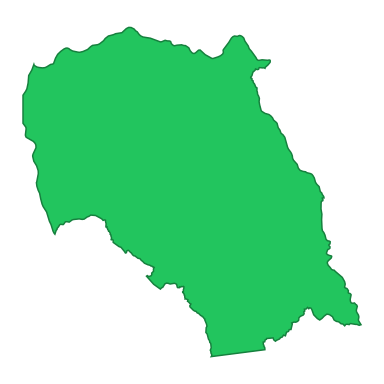 outline of Portel, Pará, Brazil
{"feature_id": "56859067B89842377376701", "entity_name": "Portel", "entity_type": "district", "adm_level": 2, "iso_a3": "BRA", "parent_name": "Brazil", "parent_adm1": "Pará", "projection": "robinson", "projection_center": [-50.928, -2.621], "detail": "fine", "context": "isolated", "style": "filled", "palette": "green", "viewbox_px": 384, "rotation_deg": 0, "n_neighbors": 0, "source": "geoboundaries", "source_scale": "gbopen_adm2", "svg_char_len": 5915}
<svg xmlns="http://www.w3.org/2000/svg" viewBox="0 0 384 384"><path d="M153.7,284.3L160.4,289.1L161.7,287.7L162.7,287.4L164.9,283.9L166.5,283.1L168.1,283.3L170.1,284.0L174.4,283.3L175.1,283.5L176.6,284.3L177.3,287.2L177.6,287.6L179.3,287.7L179.8,287.5L179.8,286.8L181.0,286.9L181.5,286.5L182.4,286.7L183.5,286.4L183.9,286.8L183.8,288.5L183.4,289.6L183.4,291.5L183.3,292.0L182.7,291.9L182.7,292.5L183.6,293.2L184.2,294.3L184.1,294.9L184.6,295.4L184.9,298.0L185.3,298.4L185.1,299.0L186.2,299.0L187.9,299.7L187.5,301.3L188.5,301.9L190.2,303.8L190.8,303.9L190.7,304.6L189.8,305.8L190.0,306.9L193.4,310.3L195.2,311.3L195.8,311.2L196.2,311.5L197.3,313.0L198.4,313.2L200.7,315.5L201.9,316.0L202.2,316.6L203.2,317.1L204.3,318.8L204.9,319.1L204.8,319.9L206.4,323.8L207.0,326.2L206.2,327.6L205.9,332.5L207.2,334.1L208.5,339.2L209.5,340.6L209.8,342.4L210.7,343.4L210.8,344.0L211.2,347.9L210.3,350.2L210.8,351.3L211.0,353.2L211.6,354.2L211.8,355.5L211.2,356.6L264.9,349.7L264.8,348.0L264.6,347.2L264.0,346.6L263.9,345.5L263.3,344.2L263.2,342.1L264.7,341.8L265.2,339.8L266.4,339.3L266.6,338.5L273.1,337.9L273.7,339.8L275.4,341.2L276.8,340.2L279.5,339.0L280.5,337.7L282.3,337.0L283.5,335.1L285.4,335.8L286.5,332.2L288.5,331.4L289.2,329.6L291.0,329.5L292.3,324.0L291.7,323.0L293.8,322.1L295.8,322.2L297.6,321.4L298.7,320.2L298.9,317.8L300.3,316.4L303.3,315.0L304.1,313.8L303.8,311.8L304.8,311.0L304.4,309.2L306.1,309.0L307.6,307.4L308.8,308.7L309.5,307.8L310.9,308.1L311.8,309.5L313.7,314.8L317.4,318.6L319.7,320.0L321.9,318.5L324.3,316.0L326.9,314.1L329.4,314.6L332.5,316.7L334.1,320.0L336.4,321.4L338.7,321.8L341.1,323.8L342.7,323.9L344.7,325.8L345.7,324.5L346.9,324.2L349.2,324.6L350.2,323.6L350.8,323.6L355.6,324.4L356.9,324.4L359.2,325.3L361.0,324.7L358.6,320.8L358.4,319.5L358.8,317.7L358.8,316.4L358.4,315.0L356.6,312.0L356.3,310.2L357.3,306.3L356.6,304.9L355.8,304.5L354.8,303.3L354.2,302.9L353.2,303.3L351.4,303.0L350.8,302.3L350.4,301.1L350.2,299.4L351.1,294.8L350.6,294.0L349.8,293.4L348.5,293.1L348.2,292.5L348.4,290.6L347.1,288.7L346.6,288.3L345.7,288.2L344.6,287.3L345.2,284.1L344.6,281.6L342.3,277.4L335.3,271.4L334.2,270.2L332.8,270.0L331.5,269.4L330.2,267.5L328.2,265.3L327.4,263.4L327.3,262.2L328.3,260.7L331.1,258.2L331.7,256.7L331.5,256.0L328.6,255.2L327.1,254.3L326.5,253.5L326.7,252.2L327.8,249.5L329.2,248.9L329.9,248.2L330.0,246.8L328.8,245.3L328.9,244.6L330.0,243.9L330.2,241.7L329.6,241.2L327.4,240.7L326.0,239.2L325.0,235.2L323.9,232.7L322.4,230.7L322.0,228.4L321.6,219.5L321.9,214.2L321.0,209.0L321.1,203.2L321.3,201.6L321.7,201.1L322.7,200.8L323.0,199.9L322.3,198.7L322.3,198.0L324.0,197.9L323.7,196.5L322.3,194.5L321.7,192.9L320.3,191.6L319.1,186.6L316.9,184.4L315.5,182.3L314.3,178.0L313.0,175.7L312.2,174.7L311.6,174.1L310.2,173.5L306.8,172.7L305.6,171.8L303.0,171.4L300.5,170.5L299.9,170.1L298.3,168.1L297.2,164.4L293.5,160.2L292.6,158.3L292.3,155.8L291.6,153.8L290.8,152.3L288.4,149.0L287.6,147.3L284.8,137.3L283.0,134.8L281.0,133.2L279.9,130.1L278.2,127.7L277.1,123.4L276.3,122.4L273.6,120.1L272.5,117.8L270.8,115.9L268.9,114.5L265.0,113.4L261.6,111.2L261.1,110.3L259.7,105.0L259.1,101.7L259.4,98.5L258.6,96.1L257.6,94.3L257.4,92.2L256.9,90.8L257.0,87.9L255.7,87.0L254.6,84.1L253.3,82.5L253.0,80.7L251.9,80.1L252.0,78.7L251.5,78.1L250.7,77.9L250.7,77.1L251.9,75.8L252.9,72.2L255.1,70.2L255.5,69.0L257.2,69.6L258.3,69.4L258.7,69.1L259.0,67.9L259.4,67.6L262.5,67.9L264.1,67.8L265.0,68.3L265.3,67.3L268.0,64.9L269.9,62.6L270.2,62.0L270.2,60.6L269.9,60.1L269.1,60.0L267.7,60.3L262.1,59.8L258.8,60.4L257.7,60.1L256.9,59.4L256.0,57.6L251.4,51.2L249.2,48.7L248.2,45.9L244.9,41.1L243.8,38.1L242.3,36.6L240.7,35.7L239.4,35.5L237.3,36.4L234.5,36.0L232.9,36.7L231.4,38.1L228.8,42.4L223.4,49.6L223.1,50.3L223.4,52.4L222.7,54.0L220.6,55.7L218.0,56.9L213.0,58.5L211.9,58.4L205.2,54.7L200.1,50.0L198.5,50.2L195.5,52.9L194.1,53.5L192.9,53.3L191.9,52.7L190.1,50.6L188.8,47.8L185.5,45.6L183.8,45.5L181.6,44.8L176.9,45.2L174.3,45.8L173.0,45.2L171.9,44.2L171.3,43.5L170.6,41.5L169.6,41.0L167.3,40.9L165.1,40.3L161.8,41.7L160.4,41.9L150.4,38.2L143.0,37.0L140.9,36.0L139.3,34.7L137.2,31.8L135.6,30.8L134.1,29.0L131.1,27.5L128.7,27.4L126.3,28.6L121.9,32.7L115.6,33.7L113.4,34.7L108.4,36.0L105.2,38.5L103.6,40.7L99.5,43.9L97.6,44.7L92.5,45.4L90.6,46.7L87.6,49.5L83.0,51.5L79.7,52.3L78.2,52.2L72.6,51.0L69.8,49.5L68.9,48.6L67.4,48.1L66.0,48.1L64.1,48.9L60.7,51.4L57.7,54.3L55.5,58.2L53.7,63.2L52.8,64.1L50.7,64.4L46.8,66.8L45.1,67.6L42.6,67.9L39.0,67.5L36.9,67.0L34.2,65.4L33.9,64.4L31.8,70.1L28.7,75.5L28.1,83.1L26.9,88.8L25.7,91.2L23.0,95.2L23.0,123.3L25.9,127.3L26.1,128.9L25.4,134.8L25.5,135.8L26.2,137.3L33.4,141.4L35.2,143.5L35.9,145.2L36.0,147.7L33.2,153.8L32.7,155.4L32.7,156.4L33.8,161.2L36.6,165.8L38.2,170.7L38.3,173.7L36.7,182.1L36.4,182.6L36.9,186.3L38.2,190.3L39.6,193.2L40.7,198.8L42.1,204.1L43.1,206.5L46.6,212.0L49.4,221.2L51.0,224.5L53.1,231.3L54.2,233.4L54.9,234.2L56.2,230.3L57.0,229.5L57.2,228.3L58.6,226.7L59.6,224.9L60.6,224.3L63.1,224.6L63.5,224.4L65.4,221.8L67.0,221.7L69.2,222.1L72.2,219.9L73.6,219.5L79.2,218.9L82.2,219.4L84.2,219.1L87.6,216.7L88.7,216.5L90.7,215.1L95.6,215.5L100.8,218.3L102.1,219.2L103.1,220.4L104.6,219.9L105.5,220.2L105.5,221.5L106.1,223.7L105.9,226.6L106.1,227.1L107.0,226.9L107.0,227.8L107.7,229.0L107.7,229.6L108.6,230.5L108.6,231.3L109.2,231.4L110.3,233.4L110.1,234.2L111.0,235.1L110.9,235.7L111.5,237.7L111.5,238.6L111.1,239.4L111.3,239.8L112.1,239.5L113.2,240.2L113.2,242.4L119.0,246.6L121.0,247.3L124.4,251.4L125.4,253.0L126.4,252.7L126.7,251.0L128.1,250.3L128.7,250.5L130.7,252.6L131.2,252.7L132.5,254.7L133.6,255.7L135.0,256.0L138.0,258.3L139.9,258.6L141.4,260.5L142.5,261.2L144.4,263.2L148.0,264.8L149.8,265.2L150.9,266.0L151.9,266.1L152.6,266.9L153.5,266.9L154.2,267.5L153.6,268.3L153.4,270.0L153.6,271.2L151.7,273.1L151.8,274.6L151.1,275.7L149.8,276.3L148.3,276.4L147.3,275.6L146.5,276.2L153.7,284.3Z" fill="#22c55e" stroke="#15803d" stroke-width="1.5"/></svg>